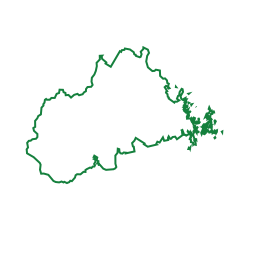 the district of Whitsunday, Queensland, Australia, rotated 25°
{"feature_id": "25037944B87142005071762", "entity_name": "Whitsunday", "entity_type": "district", "adm_level": 2, "iso_a3": "AUS", "parent_name": "Australia", "parent_adm1": "Queensland", "projection": "albers", "projection_center": [148.444, -20.698], "detail": "fine", "context": "isolated", "style": "outline", "palette": "green", "viewbox_px": 256, "rotation_deg": 25, "n_neighbors": 0, "source": "geoboundaries", "source_scale": "gbopen_adm2", "svg_char_len": 5794}
<svg xmlns="http://www.w3.org/2000/svg" viewBox="0 0 256 256"><g transform="rotate(25 128 128)"><path d="M77.7,103.9L77.2,106.2L74.0,108.0L73.5,110.4L74.3,112.5L73.1,114.2L72.6,116.6L69.8,119.0L67.8,118.4L65.2,120.7L63.5,124.5L60.1,123.2L57.7,124.6L56.4,122.6L54.5,122.8L52.9,120.9L49.8,122.2L50.7,125.4L48.9,127.2L48.9,131.7L45.9,133.1L45.1,135.5L42.5,136.7L41.5,136.3L40.8,137.6L41.6,140.3L41.2,142.2L41.9,143.4L41.0,146.1L43.3,152.5L41.6,155.1L41.7,157.6L40.8,160.8L43.4,166.2L42.2,168.1L44.0,170.3L48.4,171.7L49.7,174.5L49.2,176.6L46.1,178.6L45.2,180.6L43.5,181.6L42.9,184.1L45.6,187.9L45.2,190.2L47.2,193.6L54.8,194.3L62.8,196.9L64.3,198.2L65.9,203.0L68.6,206.1L70.9,204.9L75.6,204.1L82.8,207.5L85.3,207.5L88.6,206.4L90.4,204.6L92.5,204.6L93.0,203.7L95.9,203.7L97.6,201.9L98.0,200.2L99.6,199.9L100.9,195.3L100.5,193.0L101.4,191.4L104.5,190.1L106.2,186.5L108.0,185.8L107.2,184.1L108.1,182.6L110.3,179.9L111.8,179.7L112.3,177.9L113.8,177.1L113.8,175.7L112.5,174.9L112.7,172.5L112.0,170.6L110.3,170.5L110.9,169.6L110.5,168.2L109.2,168.7L109.2,167.3L112.6,167.7L113.1,170.4L115.2,170.6L115.1,173.2L116.7,172.5L117.2,173.7L118.0,173.2L122.8,175.3L125.8,175.2L132.3,171.5L133.5,170.0L133.9,168.3L131.7,165.7L128.2,158.3L129.0,155.0L127.5,151.1L129.0,150.9L130.4,153.3L131.9,154.1L133.7,153.6L134.5,152.0L136.8,151.2L136.9,151.8L143.8,146.5L141.1,142.5L140.2,142.6L138.1,139.9L139.2,136.7L139.2,133.7L149.5,135.0L149.3,136.0L153.8,136.6L161.0,130.9L160.3,130.8L160.4,128.0L162.8,127.8L163.6,121.7L166.2,124.3L169.5,121.9L168.4,120.0L168.4,118.4L170.9,120.0L171.7,119.4L172.2,117.4L174.4,115.9L177.1,117.5L180.4,111.5L178.5,108.5L178.6,107.6L177.7,107.3L178.1,106.8L181.9,110.5L183.2,109.8L184.0,110.3L185.6,108.1L184.9,106.5L183.6,106.1L183.5,105.5L185.7,106.4L186.3,108.3L186.1,105.2L186.8,105.8L187.4,105.4L187.8,107.2L188.4,107.4L188.5,106.0L189.1,108.0L188.0,108.6L189.1,110.0L188.5,110.2L188.6,112.0L190.1,112.2L191.0,114.2L193.1,113.8L194.2,115.6L194.4,115.0L196.5,114.6L195.7,113.1L193.1,111.0L193.6,110.1L195.1,110.3L194.5,109.3L192.8,109.8L189.7,106.4L189.7,103.3L188.0,102.7L189.1,102.7L188.9,101.2L189.6,101.3L189.8,100.1L188.7,99.0L188.2,100.3L187.3,99.4L188.5,98.5L188.0,97.7L186.2,97.6L184.5,95.9L184.3,94.9L185.7,95.4L186.3,95.2L186.1,94.2L186.4,94.6L186.9,94.2L185.1,93.9L184.5,90.8L183.2,90.8L183.2,92.9L181.8,92.2L182.2,94.5L180.4,92.9L177.6,94.6L177.2,93.9L178.2,91.2L177.7,90.4L176.5,91.7L176.3,89.2L177.5,87.2L177.6,86.1L175.7,89.2L175.0,89.0L174.7,85.6L173.9,87.2L174.0,89.5L171.8,88.8L173.3,86.0L171.7,88.0L170.5,87.7L170.5,86.4L171.2,86.0L171.6,85.2L169.5,85.5L170.0,84.3L169.2,83.9L170.3,82.6L170.1,82.1L169.3,82.5L169.4,81.4L168.4,81.0L169.0,77.2L167.3,78.0L166.5,79.4L165.2,79.3L163.9,79.0L162.3,77.0L160.6,76.6L159.8,77.8L160.0,80.8L162.7,81.3L161.3,83.4L159.5,84.2L159.3,85.4L152.4,84.1L152.1,83.1L150.8,82.8L149.5,80.7L147.5,79.9L147.3,78.8L148.0,78.1L144.0,75.5L144.7,73.7L146.7,73.8L146.2,69.9L145.9,70.7L144.6,70.6L143.2,68.4L140.6,67.4L139.0,68.5L135.1,67.2L132.6,62.4L128.6,63.4L127.9,65.0L126.0,66.1L120.4,64.6L116.4,60.0L114.9,54.5L115.3,51.1L112.9,48.6L107.9,48.5L108.5,50.1L107.3,53.5L109.1,55.3L109.4,58.1L108.8,58.9L104.7,59.3L104.0,58.8L104.4,58.5L104.8,57.9L104.2,58.5L102.5,58.5L101.2,56.9L96.6,56.0L91.6,57.3L91.7,58.7L89.5,60.1L89.6,61.9L88.2,61.8L86.5,79.8L80.4,79.1L80.6,77.7L75.4,76.3L73.9,74.4L74.1,73.3L71.9,74.5L73.5,77.7L72.0,82.2L73.6,85.1L74.7,89.9L74.9,93.8L74.0,97.7L75.4,101.5L77.7,103.9ZM199.0,91.6L195.3,95.2L196.5,94.9L196.0,95.6L196.7,95.5L197.1,96.5L199.3,94.4L199.4,93.2L199.9,93.5L198.0,96.2L199.0,96.3L199.0,98.3L200.8,97.8L200.2,97.1L201.1,96.0L203.5,97.7L204.3,96.0L205.3,96.8L206.6,95.5L205.0,95.0L203.7,92.4L202.9,93.6L203.8,90.8L202.2,92.4L202.6,90.6L201.2,92.0L201.0,89.9L201.7,88.7L201.4,88.1L200.0,88.4L200.6,86.8L199.8,85.9L200.2,84.9L199.3,84.4L198.5,84.6L198.9,86.9L197.2,90.9L197.5,91.4L198.7,90.2L199.0,91.6ZM198.0,78.6L199.5,77.6L198.8,76.7L196.4,77.7L196.3,78.5L196.1,76.9L194.9,77.6L195.2,80.0L193.2,81.7L193.4,85.5L195.5,81.8L194.5,85.2L195.5,85.9L196.6,82.6L196.7,86.2L198.2,84.5L197.1,80.5L197.8,79.4L198.7,80.4L198.0,78.6ZM162.6,72.0L161.1,69.8L160.1,69.8L159.6,73.6L160.1,75.4L162.3,75.9L162.6,72.0ZM190.6,99.5L190.9,97.2L190.1,98.8L190.6,102.5L192.3,103.5L190.6,99.5ZM208.9,93.7L207.5,93.6L207.5,96.1L208.9,96.0L208.4,94.5L209.5,93.3L209.6,92.0L208.9,93.7ZM198.9,99.8L198.5,99.0L197.8,98.5L197.6,101.1L198.2,100.9L198.3,102.1L198.9,100.5L199.4,100.1L199.3,101.2L200.0,101.2L200.5,99.8L198.9,99.8ZM190.3,93.6L190.5,92.5L189.1,92.4L188.8,94.7L190.3,93.6ZM197.3,102.4L197.0,99.2L196.4,99.0L196.4,101.5L197.3,102.4ZM193.1,76.7L193.9,76.9L194.2,76.0L192.9,74.9L193.1,76.7ZM204.6,84.7L203.6,84.4L203.4,85.0L204.7,86.6L204.7,84.0L204.6,84.7ZM194.9,93.8L195.9,93.7L196.0,92.2L195.1,92.6L194.9,93.8ZM189.0,91.2L188.7,89.9L187.6,89.1L188.3,90.6L189.0,91.2ZM147.5,74.9L148.1,75.1L148.8,74.4L147.9,74.0L147.5,74.9ZM211.0,100.6L211.3,99.9L210.8,99.5L210.5,100.3L211.0,100.6ZM171.8,83.7L172.8,84.0L172.7,83.0L172.3,82.9L171.8,83.7ZM210.1,94.9L210.2,94.0L209.9,93.2L209.6,94.1L210.1,94.9ZM175.7,80.4L175.9,79.4L175.2,79.9L175.7,80.4ZM194.0,102.8L193.5,101.5L193.0,101.5L194.0,102.8ZM191.6,121.5L192.4,121.1L191.5,120.6L191.6,121.5ZM192.4,119.9L192.9,120.4L192.6,119.2L192.4,119.9ZM167.6,77.0L167.4,76.4L166.9,77.1L167.6,77.0ZM206.9,96.0L207.1,96.8L207.4,96.4L206.9,96.0ZM214.6,91.7L215.2,92.1L214.9,91.3L214.6,91.7ZM196.1,96.9L196.4,98.0L196.5,97.1L196.1,96.9ZM169.5,80.2L170.0,80.0L169.7,79.5L169.5,80.2ZM172.3,79.4L172.5,79.8L172.7,79.4L172.3,79.4ZM154.0,70.4L154.1,70.7L154.4,70.6L154.0,70.4ZM187.0,96.0L187.0,95.5L186.8,95.2L187.0,96.0ZM180.5,79.9L181.1,80.2L180.5,79.9ZM168.3,71.4L168.6,71.5L168.8,71.0L168.3,71.4ZM188.0,92.1L187.8,92.7L187.9,92.8L188.0,92.1Z" fill="none" stroke="#15803d" stroke-width="2"/></g></svg>